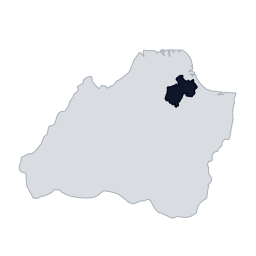 Edo highlighted on a map of Nigeria, rotated 187°
{"feature_id": "NGA-2861", "entity_name": "Edo", "entity_type": "State", "adm_level": 1, "iso_a3": "NGA", "parent_name": "Nigeria", "parent_adm1": "", "projection": "mercator", "projection_center": [5.875, 6.657], "detail": "fine", "context": "in_parent", "style": "filled", "palette": "ink", "viewbox_px": 256, "rotation_deg": 187, "n_neighbors": 0, "source": "natural_earth", "source_scale": "10m", "svg_char_len": 5710}
<svg xmlns="http://www.w3.org/2000/svg" viewBox="0 0 256 256"><g transform="rotate(187 128 128)"><path d="M213.5,46.9L221.4,58.1L223.1,66.3L223.7,70.4L225.0,70.8L227.5,71.1L229.3,71.9L230.4,73.2L231.0,74.5L231.2,75.2L230.7,80.2L230.0,81.9L230.4,84.4L230.3,85.4L230.0,86.1L228.9,86.9L227.4,87.7L223.8,90.1L222.8,90.4L221.3,90.5L220.0,91.1L218.5,92.3L215.1,97.0L212.3,101.7L210.2,109.3L207.7,111.7L207.3,113.8L206.9,118.6L206.5,120.0L206.1,120.4L203.4,121.3L201.8,122.4L200.9,124.6L199.7,131.9L199.3,133.1L198.4,134.3L197.0,135.7L195.8,136.4L192.7,136.9L189.8,142.4L189.8,143.4L188.5,148.4L186.2,152.1L186.0,154.5L183.2,157.8L181.8,160.0L183.3,162.4L183.4,162.8L178.5,166.7L178.2,167.3L178.0,170.0L177.6,170.8L176.7,171.8L175.4,172.9L174.1,173.7L172.6,174.3L171.1,174.6L170.3,174.2L169.9,173.4L169.1,170.0L168.6,169.3L167.7,168.7L164.0,165.0L161.7,163.7L161.2,163.8L160.8,164.1L160.2,166.0L159.5,166.7L158.4,166.9L156.3,166.9L154.8,166.7L154.4,166.3L153.7,164.8L149.0,168.2L147.4,169.0L145.3,172.9L142.4,174.9L140.4,176.6L135.0,182.0L133.9,183.6L132.8,186.0L130.5,196.1L126.8,202.4L126.3,203.8L126.1,203.7L125.6,204.3L124.1,203.9L123.5,202.8L122.6,202.6L121.0,200.8L120.7,201.1L122.3,205.5L121.7,207.2L117.1,207.2L113.2,207.8L110.5,207.8L109.1,207.1L108.5,205.5L108.3,205.7L108.2,206.6L107.3,207.2L104.3,207.4L102.9,206.3L101.9,205.0L100.7,204.4L100.9,205.0L102.2,206.2L102.0,207.9L99.6,210.0L98.0,210.1L97.1,209.2L96.6,207.8L96.3,205.7L95.7,204.3L95.4,204.3L95.8,206.6L95.8,208.7L97.0,210.4L95.2,210.9L93.0,211.0L92.8,210.3L92.5,209.0L92.1,208.6L91.7,210.9L87.3,211.6L86.7,211.5L86.5,211.1L86.9,210.4L86.8,209.4L85.8,210.2L85.6,211.8L85.1,212.1L83.4,211.8L81.6,211.0L78.6,209.0L75.0,205.6L74.4,204.2L73.3,202.3L71.4,197.3L71.8,197.1L72.6,197.3L73.0,196.9L71.5,196.5L71.2,196.1L71.1,195.0L71.2,193.7L73.5,193.0L74.0,192.1L74.3,191.3L71.5,192.6L68.8,191.1L68.3,190.3L68.5,189.6L71.6,189.6L72.7,188.9L72.0,188.7L70.9,188.7L70.4,188.3L70.5,187.2L70.1,187.5L69.6,188.4L67.8,189.1L66.8,188.4L66.7,186.9L66.4,186.2L65.5,185.7L62.4,181.7L58.5,178.4L55.0,176.1L49.7,175.0L38.7,175.1L38.0,174.7L38.7,174.2L39.7,173.9L43.2,172.0L42.6,171.8L39.0,172.9L37.7,173.0L36.1,175.3L25.2,175.8L25.2,174.7L25.7,171.8L26.4,169.8L25.6,167.3L25.4,165.1L25.9,164.4L26.1,163.6L25.9,157.9L26.5,157.1L26.5,156.5L25.4,154.0L25.4,152.2L25.2,150.4L24.8,149.6L25.3,142.6L25.1,140.9L25.5,139.6L25.7,136.6L25.6,133.7L26.4,129.0L31.0,128.4L32.2,126.6L32.8,124.3L32.6,122.0L34.1,120.0L36.0,118.2L35.9,116.2L36.4,115.6L37.3,115.2L38.5,115.0L39.9,114.0L40.7,112.3L41.4,109.5L40.2,107.6L40.2,107.2L40.7,106.2L41.4,105.2L42.0,104.8L43.4,105.1L43.8,104.7L44.7,101.7L44.6,100.9L43.3,98.9L42.6,93.4L42.3,92.7L41.3,91.7L38.7,87.8L38.7,86.0L39.8,83.6L40.5,82.5L41.5,81.9L41.7,81.3L41.4,80.7L40.9,80.2L40.8,79.1L41.3,77.7L41.2,76.1L41.4,67.8L43.6,66.1L46.6,63.4L48.2,60.6L49.0,58.5L50.1,51.3L51.7,50.6L54.8,48.0L59.0,46.4L61.8,46.0L66.6,46.3L69.0,46.0L71.1,44.6L72.0,44.2L73.3,43.9L85.3,47.7L86.4,47.5L87.3,47.8L88.8,48.7L92.3,52.2L96.0,57.5L97.1,58.7L98.3,59.3L99.5,59.5L100.4,59.4L101.2,58.9L102.4,57.9L104.1,57.5L105.6,57.6L113.0,53.5L113.7,53.4L118.3,54.3L124.5,58.4L129.6,61.1L133.2,62.0L137.4,62.6L144.6,62.8L150.0,57.1L152.0,55.8L154.4,54.7L159.4,53.6L167.8,52.9L175.6,53.2L180.5,54.2L185.6,56.0L187.8,57.8L191.3,58.1L193.8,57.8L194.6,56.0L197.1,53.7L200.8,51.5L203.9,50.0L206.4,49.3L208.6,47.5L210.4,47.0L213.5,46.9ZM104.6,209.6L102.9,210.1L101.8,210.0L103.3,207.7L104.1,208.2L105.0,208.4L104.6,209.6Z" fill="#d9dde1" stroke="#a8b0b8" stroke-width="1"/><path d="M93.8,172.9L93.3,173.5L92.8,173.7L92.2,173.6L91.5,173.6L90.5,174.0L88.4,175.3L86.7,176.0L86.3,176.3L85.6,177.2L85.1,177.2L84.7,176.6L84.3,176.2L83.7,176.1L83.3,176.5L83.1,177.0L83.0,177.6L83.6,178.6L83.6,179.1L83.8,179.8L84.4,180.7L85.4,181.7L85.7,181.7L85.9,181.9L85.9,182.6L85.7,183.3L85.0,184.1L84.1,184.8L83.4,185.7L82.5,186.3L80.8,186.7L80.5,186.7L80.2,186.6L80.2,186.3L80.2,186.1L80.1,185.9L79.9,185.7L80.2,184.9L80.3,184.3L79.8,183.9L79.2,183.6L78.3,182.6L76.3,181.5L75.2,181.5L74.3,182.1L74.1,182.3L74.0,182.5L73.8,182.4L73.5,182.3L72.8,181.8L72.2,181.8L71.7,181.9L70.5,181.8L70.4,182.2L70.5,182.8L69.5,183.7L69.2,183.8L68.8,183.5L68.7,182.6L68.8,181.5L68.0,180.5L66.8,180.0L66.8,179.4L66.5,178.9L66.3,178.8L66.1,178.7L65.9,178.7L65.7,178.6L65.7,178.4L65.3,178.0L64.9,177.6L64.6,177.4L64.5,177.2L64.7,176.8L64.8,176.3L65.0,175.9L65.4,175.8L65.8,175.5L66.1,175.1L66.2,174.6L66.5,174.1L66.9,173.2L66.6,172.3L66.3,171.8L66.2,171.8L66.1,171.6L66.1,171.1L66.1,170.8L66.2,170.3L66.4,169.9L66.9,169.2L67.5,168.7L67.8,168.2L68.1,167.8L68.1,167.4L68.3,167.1L68.5,167.0L73.4,167.0L74.2,167.6L73.9,168.1L73.7,168.6L74.2,169.7L74.5,169.6L75.4,169.0L75.9,169.0L76.1,169.2L76.7,169.3L77.0,169.2L77.4,168.7L77.5,168.4L77.7,167.3L77.8,166.9L78.2,166.8L78.2,166.5L78.3,166.4L78.5,166.2L78.4,166.0L78.1,165.5L78.2,164.9L78.4,164.2L78.9,163.8L79.1,163.5L79.2,163.0L80.0,161.2L79.9,161.0L80.0,160.8L80.3,160.4L80.8,160.0L81.0,159.8L81.3,159.6L81.4,159.0L81.4,158.6L81.3,158.4L81.2,157.8L81.4,157.5L81.3,157.2L80.8,156.8L81.0,156.2L81.7,155.9L81.9,155.8L82.3,155.3L82.6,154.8L82.9,154.9L83.2,154.9L83.5,155.1L83.5,155.4L84.0,155.6L84.1,156.0L84.0,156.8L84.4,157.3L85.2,157.3L86.0,157.0L86.3,156.8L86.7,156.7L86.8,157.0L87.1,157.2L87.7,157.6L88.2,158.2L88.6,158.2L89.2,158.0L89.6,158.1L90.0,158.5L90.4,159.4L90.6,159.8L90.7,160.1L90.9,160.4L91.8,160.3L92.5,160.0L93.0,159.9L93.2,160.1L93.4,160.4L93.5,160.7L93.7,160.8L94.1,160.9L94.2,161.1L94.5,161.7L94.5,161.8L94.5,162.2L94.5,162.5L94.2,163.1L94.2,164.0L94.0,164.5L94.0,165.4L94.0,165.6L93.5,166.5L93.3,167.2L93.3,167.5L93.4,168.4L93.3,170.6L93.4,171.4L93.8,172.4L93.8,172.6L93.8,172.9Z" fill="#0f172a" stroke="#020617" stroke-width="1.5"/></g></svg>